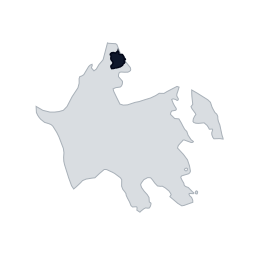 Lerik District, Lerik, Azerbaijan shown in context, rotated 197°
{"feature_id": "54616110B59366301344355", "entity_name": "Lerik District", "entity_type": "district", "adm_level": 2, "iso_a3": "AZE", "parent_name": "Azerbaijan", "parent_adm1": "Lerik", "projection": "orthographic", "projection_center": [48.458, 38.753], "detail": "fine", "context": "in_parent", "style": "filled", "palette": "ink", "viewbox_px": 256, "rotation_deg": 197, "n_neighbors": 0, "source": "geoboundaries", "source_scale": "gbopen_adm2", "svg_char_len": 4458}
<svg xmlns="http://www.w3.org/2000/svg" viewBox="0 0 256 256"><g transform="rotate(197 128 128)"><path d="M172.5,203.4L171.5,203.3L164.4,205.0L163.0,204.5L156.9,196.8L155.7,195.9L153.1,195.6L151.6,194.3L150.4,192.2L149.7,190.7L143.5,186.5L142.6,185.0L142.4,183.7L143.3,182.4L144.4,181.4L147.4,180.4L151.0,179.5L152.1,178.9L152.7,177.8L152.6,176.0L152.1,174.3L147.0,171.1L146.5,169.7L146.3,168.0L146.6,166.2L147.4,164.9L151.5,163.0L153.7,161.1L152.4,158.9L147.9,154.0L142.7,148.5L139.2,148.5L135.2,150.0L128.7,154.6L125.1,156.5L120.4,159.8L115.2,163.3L111.0,167.1L108.3,170.3L103.7,171.6L101.3,174.3L93.3,182.1L91.1,182.0L91.1,178.0L91.2,174.8L90.8,173.0L88.3,170.5L88.3,169.4L89.0,168.7L90.9,169.2L93.4,169.1L94.6,168.1L92.0,164.8L89.7,162.5L87.8,161.0L87.3,160.1L87.3,159.5L87.8,158.8L91.2,157.0L91.6,155.4L91.4,153.5L86.1,150.7L82.0,151.6L78.5,148.4L76.2,146.0L73.4,143.3L70.8,141.9L68.4,138.6L64.2,135.2L61.5,134.2L61.6,133.7L62.1,133.1L63.3,132.6L70.9,133.0L71.9,132.4L72.4,131.0L73.5,128.9L74.8,125.9L74.8,123.3L67.2,118.9L61.8,114.9L58.1,109.7L55.7,105.0L55.8,103.4L56.6,102.0L62.7,97.9L63.1,96.8L63.0,96.0L61.0,93.8L58.4,91.4L57.6,89.8L56.0,88.9L52.9,88.7L47.4,85.7L46.3,85.4L46.0,84.9L46.3,84.3L50.3,83.3L50.3,82.4L49.1,81.2L46.9,80.2L45.0,77.9L44.3,75.9L51.7,70.4L53.8,69.3L58.4,70.5L67.9,74.6L67.2,76.8L68.2,78.0L70.3,79.7L74.5,81.5L78.1,82.4L80.0,81.7L82.8,81.2L86.3,83.2L89.6,85.7L91.2,86.7L92.1,87.0L94.7,86.3L97.8,83.2L99.1,79.5L99.4,77.6L97.7,75.1L94.1,72.3L90.1,69.9L87.6,67.7L86.0,63.5L84.3,63.0L83.9,62.5L83.7,61.1L83.8,59.1L84.4,57.6L86.1,57.0L87.7,56.8L89.3,55.3L91.2,52.5L92.0,51.0L95.5,52.0L96.0,54.5L96.6,55.1L98.0,54.8L100.5,53.8L102.4,54.6L104.9,57.7L108.2,61.0L110.1,63.2L110.8,64.7L112.5,66.1L115.1,67.9L117.1,70.5L118.9,76.7L120.7,78.2L127.4,80.6L129.7,81.1L136.3,82.0L138.6,81.4L142.0,76.1L145.1,70.7L147.9,69.5L153.1,66.9L156.1,64.4L157.4,61.7L160.3,56.6L162.1,53.8L165.1,56.3L170.3,63.2L177.9,74.3L179.7,77.5L181.0,81.2L182.0,85.6L183.8,89.5L191.5,99.4L194.9,103.0L200.3,107.7L202.3,108.7L204.8,109.0L209.4,109.0L213.8,110.7L215.9,112.0L218.1,113.8L220.1,116.0L222.2,121.8L214.7,120.0L207.2,120.4L203.0,121.7L198.9,123.5L195.0,126.0L192.6,130.7L190.6,141.6L187.6,151.8L187.8,156.5L189.2,161.0L189.1,163.1L187.7,164.0L185.9,166.0L183.6,175.3L182.5,177.2L181.0,178.4L180.5,177.3L180.6,174.8L177.3,172.7L175.5,175.1L174.3,180.2L171.9,185.7L171.8,186.7L172.5,203.4ZM61.5,106.1L61.9,104.7L61.0,104.0L60.0,103.9L59.1,104.6L59.1,106.4L60.2,106.8L61.5,106.1ZM35.3,147.6L34.2,146.1L33.8,145.2L37.1,144.7L42.7,142.8L44.2,143.9L45.8,146.0L46.5,147.8L46.5,151.0L47.2,151.6L49.9,150.6L51.1,151.9L53.1,153.6L56.7,155.2L62.0,153.0L64.6,152.4L66.7,152.5L67.8,153.3L68.2,155.9L67.7,159.0L67.0,160.6L68.1,161.9L72.3,165.0L74.0,166.8L73.0,169.6L76.1,176.8L77.1,179.5L78.2,183.0L71.7,181.5L59.9,178.3L56.7,176.7L53.8,172.6L52.0,170.7L49.4,168.2L47.2,167.2L45.6,165.4L44.7,162.9L43.4,160.6L41.1,157.8L36.0,148.6L35.3,147.6ZM44.6,87.5L43.9,88.0L42.8,87.4L42.5,86.3L42.7,85.1L43.8,84.9L44.6,85.3L44.8,86.3L44.6,87.5Z" fill="#d9dde1" stroke="#a8b0b8" stroke-width="1"/><path d="M160.9,180.0L160.7,180.1L160.1,180.4L159.7,180.5L159.2,180.7L158.7,181.0L158.3,181.3L157.8,181.7L157.4,181.8L156.4,182.2L156.0,182.5L155.4,182.8L155.1,183.0L154.6,183.3L154.3,183.6L153.9,183.9L153.4,184.1L152.9,184.7L152.6,185.0L152.3,185.5L152.1,185.8L151.7,186.1L151.5,186.6L151.4,187.1L151.4,187.9L151.2,188.2L150.9,188.5L150.5,189.0L150.3,189.7L150.4,190.1L150.7,190.4L151.0,190.7L151.4,191.1L151.5,191.4L151.6,191.9L151.4,192.2L150.8,192.5L150.6,192.9L150.9,193.2L151.6,193.4L152.0,193.8L152.4,194.1L152.5,194.4L152.9,194.9L153.3,195.3L153.6,195.6L154.1,196.0L154.4,196.2L154.7,196.6L155.1,196.6L155.6,196.5L156.2,196.3L156.8,196.1L157.5,195.9L158.1,195.9L158.3,196.4L158.6,196.7L158.7,197.4L159.0,197.9L159.7,198.3L160.0,198.7L160.2,199.0L160.2,198.7L160.4,198.3L160.7,198.0L160.9,197.7L161.0,197.2L161.3,196.9L161.4,196.6L161.7,196.3L161.9,195.9L162.2,195.8L162.8,195.9L163.4,196.0L164.0,195.9L164.4,195.8L164.7,195.6L165.1,195.3L165.4,195.2L165.2,195.0L165.2,194.9L165.8,194.6L166.4,194.0L166.5,193.3L166.2,192.7L165.8,192.6L165.3,192.2L165.1,191.5L165.1,190.9L164.9,190.1L164.6,189.0L164.0,188.3L163.3,187.7L162.3,187.1L161.6,186.4L161.3,185.7L161.4,184.7L161.5,184.1L161.8,183.6L162.1,183.3L162.4,182.9L162.4,182.6L162.4,182.4L162.4,182.0L162.2,181.5L162.0,181.1L161.6,180.7L161.3,180.3L160.9,180.0Z" fill="#0f172a" stroke="#020617" stroke-width="1.5"/></g></svg>